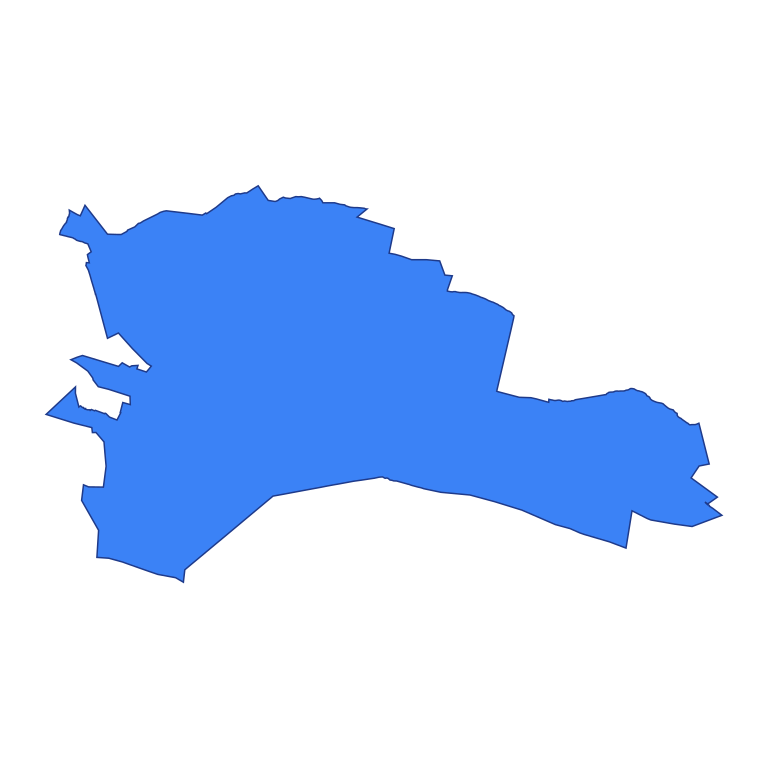 Arteaga, Coahuila, Mexico
{"feature_id": "50627088B72985207362422", "entity_name": "Arteaga", "entity_type": "district", "adm_level": 2, "iso_a3": "MEX", "parent_name": "Mexico", "parent_adm1": "Coahuila", "projection": "mercator", "projection_center": [-100.619, 25.345], "detail": "fine", "context": "isolated", "style": "filled", "palette": "blue", "viewbox_px": 768, "rotation_deg": 0, "n_neighbors": 0, "source": "geoboundaries", "source_scale": "gbopen_adm2", "svg_char_len": 5857}
<svg xmlns="http://www.w3.org/2000/svg" viewBox="0 0 768 768"><path d="M183.4,582.2L184.8,569.8L190.6,564.9L195.3,561.0L206.2,551.9L214.1,545.3L222.9,538.0L240.6,523.2L243.8,520.5L273.0,496.1L281.9,494.5L304.4,490.3L320.2,487.4L326.3,486.2L334.4,484.7L338.0,484.1L345.6,482.7L353.7,481.2L361.0,480.2L367.6,479.2L374.4,478.2L379.0,477.2L382.5,476.9L385.1,478.3L386.8,478.0L388.3,478.5L389.9,480.0L391.9,480.3L393.8,480.9L396.6,481.0L406.3,483.7L407.6,484.1L409.0,484.4L411.4,485.3L418.1,487.1L421.2,487.8L423.8,488.7L440.9,492.3L470.0,495.0L489.9,500.4L494.4,501.6L520.9,509.8L521.4,509.9L533.9,515.3L545.9,520.5L555.4,524.6L570.1,528.6L579.8,532.9L584.1,534.4L609.6,541.9L616.2,544.4L626.0,548.1L632.0,510.8L647.2,518.5L650.4,519.8L651.0,520.0L674.4,524.1L692.1,526.5L721.9,515.3L712.7,508.3L709.9,506.5L709.5,506.4L709.6,506.1L709.3,505.5L708.8,505.0L707.8,504.5L707.6,504.7L705.4,502.6L705.5,502.4L707.8,503.9L717.4,497.1L691.1,477.9L699.1,466.0L709.2,464.0L708.6,461.7L698.9,423.2L696.6,424.2L696.3,424.3L695.1,424.6L693.7,424.6L692.8,424.6L691.8,424.6L690.6,424.8L689.7,424.8L688.7,424.1L687.8,423.2L686.4,422.6L685.7,421.9L684.6,421.2L683.4,420.3L682.3,419.6L681.1,418.5L679.5,417.7L678.2,416.8L677.8,416.3L677.2,415.3L677.2,414.4L677.1,413.4L675.5,412.6L674.3,411.4L673.2,409.9L671.3,409.4L669.6,408.9L667.9,407.9L665.8,406.2L664.5,405.1L663.1,403.8L661.6,403.2L657.2,402.4L655.7,401.9L653.7,401.1L652.0,400.3L650.4,399.0L649.8,397.6L648.8,396.6L647.8,396.2L646.8,395.7L646.2,394.4L645.3,393.5L644.4,393.0L643.8,392.6L641.9,391.7L640.3,391.4L639.0,390.9L637.6,390.7L636.6,390.3L635.6,389.8L634.1,388.9L632.5,388.6L630.9,388.5L630.0,388.8L629.0,389.5L627.7,390.0L626.0,390.2L625.2,390.6L624.3,390.9L623.3,391.0L622.1,391.0L620.9,391.0L619.4,391.1L618.1,391.2L617.3,391.0L615.8,391.1L614.6,391.4L613.9,391.8L612.9,392.0L611.9,392.1L610.7,392.1L609.9,392.2L609.0,392.3L608.3,392.7L607.7,393.2L606.8,393.6L606.2,394.5L595.8,396.3L592.8,396.8L585.2,398.1L576.1,399.6L575.6,399.7L574.6,400.1L574.0,400.6L572.7,400.7L571.4,400.8L570.7,401.2L568.3,401.3L567.4,401.5L566.3,401.3L565.1,401.1L564.2,401.0L563.3,401.3L562.7,401.4L561.5,400.7L559.8,400.2L558.4,400.1L557.0,400.3L555.8,400.5L554.4,400.5L553.4,400.3L552.2,400.0L550.8,399.8L549.8,399.5L548.9,399.3L548.7,402.3L545.0,401.3L536.3,398.9L530.9,397.7L519.2,397.3L517.4,396.8L498.0,391.7L496.7,391.2L507.9,343.0L510.7,331.0L513.6,318.3L514.0,315.8L513.7,315.5L512.5,314.6L511.6,312.8L510.9,312.4L510.0,311.7L509.1,311.2L508.0,310.9L506.3,310.1L503.7,307.9L503.0,307.4L502.1,306.9L501.2,306.4L500.1,305.8L499.0,305.4L498.5,304.9L497.4,304.2L496.6,303.9L495.7,303.5L494.3,302.8L492.8,302.1L492.2,302.0L491.0,301.6L489.9,301.1L488.5,300.6L486.9,299.7L485.6,299.0L484.2,298.4L483.4,298.1L482.4,297.7L481.7,297.5L480.7,297.2L478.7,296.2L477.3,295.7L475.9,295.1L474.7,294.7L473.3,294.3L472.0,293.9L471.1,293.5L469.7,293.1L468.0,292.8L467.1,292.6L465.4,292.5L464.1,292.5L462.2,292.5L460.6,292.6L460.3,292.5L459.5,292.5L457.8,292.2L456.6,292.0L455.5,291.6L454.8,291.6L453.9,291.6L453.1,291.7L452.5,291.9L450.4,291.7L448.4,291.3L447.4,291.1L447.4,289.9L452.3,275.8L444.9,275.1L439.7,260.9L426.4,259.7L411.6,259.7L401.4,256.1L395.0,254.3L389.1,253.2L392.6,236.3L394.2,228.6L380.5,224.3L369.7,221.0L357.1,217.1L367.0,209.0L365.6,208.9L364.4,208.3L361.7,208.0L359.7,207.8L357.2,207.6L354.0,207.6L350.8,207.3L349.7,207.1L347.9,206.5L345.6,205.7L344.8,204.9L340.0,204.3L334.6,202.8L326.5,202.8L322.9,202.8L321.7,200.5L319.5,198.2L318.6,198.6L316.6,199.0L314.5,199.2L313.4,199.2L312.2,199.0L304.5,197.2L301.3,196.6L298.3,196.8L295.8,196.6L290.2,198.5L285.5,198.0L283.3,197.2L279.6,199.0L278.1,200.3L276.9,200.9L275.6,201.4L274.4,201.4L268.2,200.4L258.2,185.8L253.3,188.7L246.7,193.0L244.7,192.9L240.3,193.9L238.1,193.5L235.4,194.0L233.9,195.3L231.4,195.8L227.7,197.7L216.1,207.3L206.7,213.7L205.8,213.0L202.3,215.1L187.6,213.3L166.3,210.8L163.6,211.3L160.2,212.4L157.6,214.0L143.4,221.0L140.3,223.0L138.4,223.4L134.8,226.9L127.6,230.1L126.9,231.4L121.2,234.5L117.7,234.5L107.5,234.2L85.0,205.3L82.6,210.7L80.3,215.8L77.5,214.7L72.6,212.0L69.3,210.1L69.6,213.5L69.4,213.8L69.3,214.2L69.2,214.6L69.0,215.6L68.8,216.3L68.4,217.1L68.1,217.0L67.4,218.4L67.4,219.1L67.2,220.0L67.0,220.6L66.5,221.5L66.5,222.5L65.6,223.2L65.1,223.8L64.6,224.5L64.4,224.7L63.4,226.1L62.7,227.3L62.1,228.4L61.9,228.8L61.7,229.0L61.5,229.3L61.2,229.8L61.0,230.0L60.6,230.6L60.6,230.8L60.4,231.7L60.3,231.9L60.1,232.5L60.0,233.1L59.7,234.4L59.7,234.5L60.6,234.8L61.6,235.0L62.4,235.2L63.5,235.5L66.1,236.1L67.8,236.6L70.9,237.3L72.5,237.7L72.8,237.8L73.3,238.1L74.4,238.8L74.9,238.9L75.6,239.5L76.7,240.3L79.3,241.1L80.9,241.5L82.2,241.6L83.1,242.1L84.9,243.0L85.8,243.2L86.7,243.5L87.8,243.8L91.2,251.8L87.4,254.6L87.9,257.1L89.3,262.8L87.6,262.7L86.4,262.6L86.1,264.8L85.9,265.5L88.1,269.6L88.2,269.8L88.4,270.2L89.5,273.7L89.9,274.9L91.7,281.3L93.6,287.6L93.7,287.8L94.2,289.8L94.8,291.7L95.2,293.2L95.3,293.6L95.4,294.1L95.6,294.0L96.8,298.2L107.5,338.3L118.4,333.0L132.5,348.7L147.1,363.5L151.3,366.1L149.2,368.7L146.4,372.0L136.9,368.9L138.0,365.4L131.8,365.8L129.6,367.0L122.2,362.8L118.5,366.4L82.5,355.5L77.2,357.2L70.9,359.7L76.6,362.9L87.8,371.1L92.8,378.1L93.1,379.9L98.3,386.7L108.6,389.3L130.0,396.2L130.3,404.6L122.8,402.5L120.2,412.6L120.7,412.8L117.0,420.0L109.5,417.1L106.0,413.6L105.4,413.3L104.9,413.3L104.5,413.7L100.5,412.2L95.3,410.3L94.5,410.8L91.4,409.5L90.2,410.4L89.9,409.8L87.5,409.8L85.1,409.1L85.4,408.5L83.7,408.3L83.4,407.5L82.4,407.5L80.6,405.9L79.6,406.4L78.9,407.0L75.4,393.2L75.5,386.9L46.1,414.4L73.9,423.1L91.8,427.6L92.4,432.6L96.0,432.5L104.0,441.9L104.9,452.7L106.1,466.3L104.9,475.6L103.4,487.1L88.6,486.9L83.5,484.8L81.6,500.4L98.6,530.3L96.9,557.4L108.7,558.2L122.5,562.0L128.6,564.2L139.9,568.2L149.0,571.4L157.8,574.4L175.6,577.7L183.4,582.2Z" fill="#3b82f6" stroke="#1e3a8a" stroke-width="1.5"/></svg>